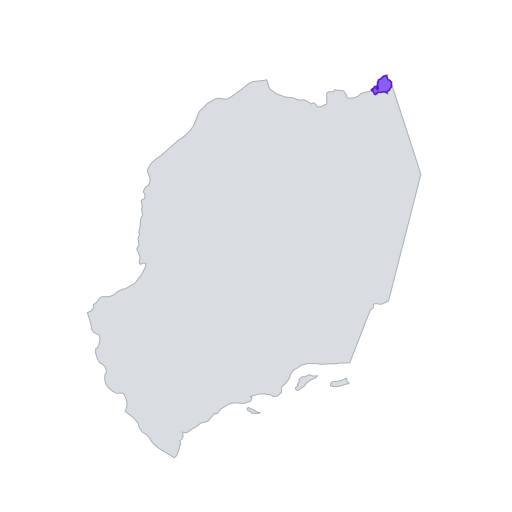 Kyerwa, Kagera, United Republic of Tanzania shown in context, rotated 72°
{"feature_id": "72390352B12398012816015", "entity_name": "Kyerwa", "entity_type": "district", "adm_level": 2, "iso_a3": "TZA", "parent_name": "United Republic of Tanzania", "parent_adm1": "Kagera", "projection": "robinson", "projection_center": [30.816, -1.299], "detail": "fine", "context": "in_parent", "style": "filled", "palette": "violet", "viewbox_px": 512, "rotation_deg": 72, "n_neighbors": 0, "source": "geoboundaries", "source_scale": "gbopen_adm2", "svg_char_len": 7118}
<svg xmlns="http://www.w3.org/2000/svg" viewBox="0 0 512 512"><g transform="rotate(72 256 256)"><path d="M197.1,360.1L192.2,357.2L187.8,355.4L184.1,353.5L182.5,351.5L179.1,350.8L176.2,350.5L173.4,348.7L167.8,348.1L167.2,346.9L167.1,344.3L166.1,343.6L164.1,342.9L161.9,342.9L160.6,343.3L159.8,343.1L158.0,341.6L156.3,339.6L155.6,336.5L153.1,334.4L150.1,332.8L141.9,333.0L140.6,332.5L138.7,330.9L136.4,328.3L134.5,325.3L132.9,321.2L131.2,315.7L121.8,293.8L120.8,289.7L119.0,285.1L116.0,279.4L112.8,275.2L108.5,271.4L103.6,267.7L100.9,265.1L95.8,254.8L94.8,250.0L94.0,244.9L94.3,242.9L97.5,236.5L97.8,234.7L97.4,232.2L95.9,227.1L93.9,220.8L89.8,209.5L89.3,206.6L89.3,204.5L91.7,192.9L91.7,191.3L101.1,191.5L108.0,186.5L114.0,178.9L115.2,175.8L117.6,170.9L120.0,168.5L121.0,166.8L122.3,162.0L125.5,158.7L128.6,156.2L127.9,154.4L128.4,153.8L130.1,152.5L133.3,151.3L133.9,148.8L133.9,145.9L133.4,144.3L133.5,142.5L133.0,141.4L130.9,141.2L127.7,139.8L125.0,139.2L123.3,138.3L122.6,137.7L122.3,136.0L123.8,131.6L122.3,129.8L125.6,122.4L126.2,121.5L127.4,121.4L129.3,120.6L131.0,120.3L132.5,120.6L133.5,120.3L134.5,119.4L135.3,117.0L135.9,112.8L135.5,109.4L134.2,106.8L133.8,102.8L134.4,97.5L134.0,93.0L132.5,89.5L130.9,87.4L128.6,86.4L124.8,81.0L123.7,78.3L123.9,76.7L125.2,76.0L127.6,76.3L129.8,75.6L131.9,74.1L133.9,73.7L135.0,73.9L229.2,73.9L339.2,143.5L339.7,144.3L340.6,150.3L340.4,152.4L338.7,155.8L338.2,157.6L338.1,158.9L338.6,159.4L340.0,159.6L341.2,160.4L341.7,161.0L342.6,163.6L343.8,164.9L385.6,199.1L386.5,199.6L385.9,202.4L383.6,209.4L383.4,212.3L382.5,215.7L381.6,217.9L379.1,227.7L377.1,231.4L374.3,239.9L373.8,246.5L375.3,251.1L375.9,255.4L379.1,259.6L381.6,261.1L383.4,263.0L386.4,267.4L388.2,271.8L393.7,274.0L395.9,279.0L395.1,282.4L392.5,285.2L390.1,289.8L388.1,295.8L388.0,305.0L389.3,303.6L392.3,305.8L392.6,312.6L389.5,320.5L388.6,324.1L388.4,327.3L390.6,336.7L393.9,341.5L393.6,343.0L392.8,344.3L398.4,352.8L397.9,360.2L400.0,365.9L400.9,370.9L402.3,374.7L402.5,377.4L400.8,380.3L404.9,381.0L407.3,383.4L408.5,385.7L411.5,385.6L413.1,387.2L415.4,388.5L420.5,392.3L421.9,394.2L422.7,396.1L408.4,408.2L403.3,411.3L399.6,412.8L395.7,413.6L391.9,415.5L388.4,418.5L383.9,420.0L378.4,420.0L372.6,422.1L363.5,428.4L358.3,424.9L354.1,423.8L349.4,423.9L346.4,424.3L345.4,425.1L344.5,427.2L343.7,430.7L340.5,434.1L335.1,437.3L330.0,438.5L325.4,437.7L322.3,436.3L320.7,434.5L318.3,433.6L315.1,433.8L312.0,435.1L309.1,437.6L304.5,438.7L298.1,438.4L294.7,437.1L294.2,435.1L291.5,432.6L286.4,429.8L282.6,429.7L280.2,432.4L278.0,434.1L276.0,434.8L274.2,434.9L271.6,434.2L264.6,433.9L257.9,434.0L257.3,430.1L255.9,427.7L254.7,426.3L252.4,425.9L251.7,424.9L251.0,422.4L249.9,420.4L248.4,418.6L247.5,417.1L247.2,415.6L247.4,414.0L248.8,410.0L249.3,407.2L249.1,404.4L248.4,401.6L246.8,398.1L247.0,397.2L246.5,394.8L246.4,393.2L246.7,391.2L246.4,388.5L245.1,382.8L245.1,381.3L243.7,378.5L239.2,372.0L239.0,371.1L232.1,364.5L229.3,363.1L228.3,364.3L227.9,365.5L228.2,367.6L228.0,368.6L227.7,369.1L226.1,369.0L225.1,368.8L222.4,367.0L220.4,366.6L215.3,366.9L213.5,367.3L212.1,366.9L209.4,363.9L206.2,363.3L203.4,363.1L198.7,359.7L197.1,360.1ZM394.6,250.0L396.8,257.3L396.5,258.6L394.9,259.5L394.1,259.5L393.1,258.4L392.4,255.9L391.1,256.5L389.0,253.6L387.0,253.5L385.1,250.0L385.9,246.9L385.5,241.7L387.7,239.1L389.0,234.6L390.5,237.7L390.8,242.4L392.7,248.0L394.6,250.0ZM405.8,206.9L406.0,208.6L405.6,210.2L405.6,215.3L405.4,218.7L403.7,223.5L402.3,225.2L401.0,224.7L400.0,223.9L399.2,222.6L400.9,213.9L400.1,207.6L403.3,208.2L405.8,206.9ZM400.7,311.4L399.1,311.9L398.5,311.4L397.5,310.0L399.2,308.8L400.9,306.4L404.8,303.0L406.6,300.2L406.3,302.9L404.1,308.8L402.2,309.2L400.7,311.4Z" fill="#d9dde1" stroke="#a8b0b8" stroke-width="1"/><path d="M141.5,81.1L141.4,81.1L141.2,81.1L140.9,80.9L140.7,80.9L140.7,80.6L140.4,80.4L140.4,80.2L140.1,79.9L140.2,79.7L139.9,79.5L139.9,79.2L139.7,79.1L139.7,78.8L139.6,78.4L139.5,78.1L139.5,77.9L139.4,77.8L139.2,77.6L139.1,77.4L138.8,77.3L138.8,77.2L138.7,77.1L138.4,77.0L138.2,76.9L137.9,76.5L137.9,76.4L137.9,76.1L137.7,75.8L137.5,75.6L137.4,75.4L137.0,75.0L136.8,74.7L136.7,74.7L136.4,74.7L136.2,74.7L135.8,74.5L135.7,74.6L135.3,74.5L135.1,74.4L134.7,74.1L133.6,73.8L133.1,73.5L132.6,73.3L132.4,73.4L132.1,73.6L131.8,73.9L131.4,74.1L131.2,74.2L130.6,74.2L130.5,74.3L130.3,74.5L129.9,74.8L129.7,75.3L129.6,75.5L129.4,75.8L129.1,75.9L129.0,76.0L128.5,76.1L127.9,76.0L127.4,76.0L127.3,75.9L127.1,75.9L126.7,76.0L126.4,76.0L126.2,76.1L125.8,76.3L125.7,76.4L125.3,76.4L125.2,76.3L124.8,76.3L124.7,76.1L124.6,76.7L124.6,77.6L124.6,79.2L124.5,79.4L124.7,79.5L124.8,79.6L124.9,79.8L125.0,80.0L125.0,80.3L125.2,80.5L125.3,80.6L125.2,80.7L125.2,80.8L125.3,80.9L125.4,81.2L125.6,81.3L125.6,81.5L125.8,81.8L126.0,82.2L126.1,82.3L126.1,82.6L126.2,82.9L126.1,83.0L126.3,83.2L126.4,83.7L126.3,84.0L126.2,84.1L126.2,84.3L126.3,84.3L126.4,84.6L126.5,84.8L126.6,85.3L126.9,85.3L127.0,85.4L127.1,85.5L127.3,85.6L127.5,85.7L127.9,85.6L128.0,85.7L127.9,85.7L127.9,85.8L128.0,85.9L128.1,86.1L128.2,86.3L128.1,86.5L128.3,86.7L128.4,86.8L128.5,86.8L129.0,86.8L129.4,86.9L129.5,87.0L129.8,87.2L129.8,87.3L130.0,87.4L130.3,87.3L130.5,87.3L130.6,87.6L130.8,87.7L131.0,87.6L131.1,87.4L131.4,87.6L131.7,87.5L131.7,87.4L131.9,87.4L131.9,87.6L131.9,87.9L131.9,88.1L131.7,88.4L131.7,88.9L131.9,89.4L131.8,89.5L131.8,89.8L131.8,90.0L131.7,90.1L131.6,90.4L131.4,90.5L131.4,90.8L131.5,90.9L131.6,91.2L131.8,91.3L132.0,91.4L132.3,91.5L132.7,91.8L132.8,91.9L132.8,92.1L132.7,92.2L132.9,92.5L132.9,92.8L133.1,93.2L133.2,93.3L132.8,93.6L133.1,94.0L133.3,94.1L133.6,94.2L133.6,94.3L133.7,94.2L133.7,94.3L133.8,94.4L133.9,94.5L134.0,94.5L134.2,94.8L134.4,94.8L134.5,94.7L134.8,94.7L134.9,94.4L135.0,94.2L135.1,93.9L135.2,93.7L135.4,93.8L135.5,93.8L135.7,93.7L135.9,93.6L136.0,93.6L136.3,93.5L136.7,93.7L136.8,93.7L137.0,93.5L137.5,93.5L137.7,93.4L138.2,93.4L138.6,93.4L139.0,93.1L139.3,92.9L139.5,92.3L139.5,92.1L139.4,92.0L139.2,92.0L139.0,91.8L138.8,91.7L138.6,91.7L138.4,91.4L138.5,90.9L138.5,90.7L138.9,90.3L138.8,90.2L138.5,90.1L138.4,90.1L138.2,90.1L138.0,89.8L138.0,89.7L137.8,89.2L137.9,88.9L137.9,88.7L138.0,88.6L138.4,88.4L138.8,87.7L139.1,86.2L139.1,85.9L139.1,85.5L139.1,85.4L139.2,84.9L139.2,84.6L139.2,84.0L139.5,83.7L139.7,83.2L139.7,82.7L139.6,82.4L140.0,82.3L140.4,82.2L140.5,81.8L140.5,81.7L141.2,81.4L141.5,81.1ZM134.0,87.9L134.3,87.8L134.5,87.9L134.6,88.0L134.8,88.2L134.9,88.3L134.7,88.3L134.6,88.5L134.7,88.9L134.5,88.7L134.4,88.6L134.3,88.8L134.6,88.9L134.7,89.1L134.8,89.1L134.7,89.3L134.8,89.4L134.7,89.5L134.6,89.4L134.5,89.2L134.3,88.9L134.2,89.0L134.1,88.9L134.1,88.6L133.9,88.6L133.7,88.6L133.6,88.8L133.3,88.8L133.5,88.9L133.6,89.1L133.8,89.1L133.8,89.3L133.7,89.4L133.5,89.2L133.3,89.1L133.2,89.1L133.2,89.4L133.2,89.5L133.0,89.3L133.0,89.2L132.9,89.1L132.8,89.3L132.7,89.4L132.8,89.4L132.8,89.5L132.7,89.5L132.4,89.4L132.5,89.2L132.8,89.2L132.9,88.9L132.7,89.0L132.5,88.9L132.6,88.7L132.8,88.7L132.7,88.4L132.6,88.2L132.4,88.0L132.7,88.0L133.1,88.0L133.2,88.3L133.3,88.2L133.6,88.3L133.6,88.2L133.8,88.0L133.7,87.9L134.0,87.9Z" fill="#8b5cf6" stroke="#5b21b6" stroke-width="1.5"/></g></svg>